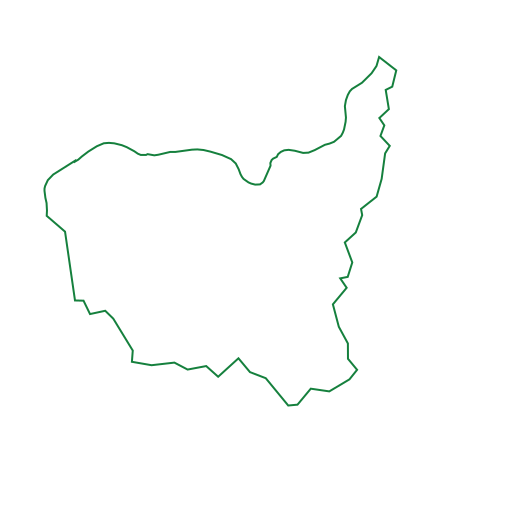 Lewis, Kentucky, United States of America, rotated 343°
{"feature_id": "52423323B16414182815509", "entity_name": "Lewis", "entity_type": "district", "adm_level": 2, "iso_a3": "USA", "parent_name": "United States of America", "parent_adm1": "Kentucky", "projection": "equal_earth", "projection_center": [-83.329, 38.513], "detail": "fine", "context": "isolated", "style": "outline", "palette": "green", "viewbox_px": 512, "rotation_deg": 343, "n_neighbors": 0, "source": "geoboundaries", "source_scale": "gbopen_adm2", "svg_char_len": 1616}
<svg xmlns="http://www.w3.org/2000/svg" viewBox="0 0 512 512"><g transform="rotate(343 256 256)"><path d="M184.5,360.4L209.3,348.7L216.3,365.3L229.6,375.7L243.1,408.4L252.2,410.3L269.6,398.9L286.5,406.9L309.3,401.3L319.4,394.4L313.9,381.2L318.3,366.5L314.5,347.9L315.4,324.7L333.4,312.9L330.0,302.0L337.6,302.8L346.2,290.3L344.9,269.0L358.3,262.7L369.5,248.0L370.2,241.7L388.7,234.5L398.7,219.0L409.5,195.6L416.1,189.8L410.1,177.6L416.9,168.6L414.3,160.1L426.0,154.4L428.6,135.1L435.8,133.9L444.4,119.5L431.9,101.7L426.8,109.5L420.0,115.0L408.0,121.3L396.7,124.3L393.9,125.9L390.9,128.8L387.6,133.2L384.8,138.7L382.5,149.9L380.9,153.9L377.2,160.7L375.1,163.4L372.5,166.0L364.0,169.6L359.2,170.0L354.4,169.8L343.1,171.9L336.4,172.5L331.2,171.2L323.9,166.7L318.2,164.0L313.9,163.2L310.2,163.7L306.9,165.1L304.8,167.3L300.8,167.9L299.0,168.8L296.9,171.3L296.3,173.9L285.4,186.6L284.0,187.6L280.8,188.7L276.1,187.5L272.5,185.3L270.3,183.4L266.6,178.6L265.7,176.2L265.1,173.2L264.8,167.9L263.7,161.6L260.5,156.1L253.0,149.5L243.0,142.9L236.8,139.3L231.0,136.9L225.9,135.6L209.3,132.9L204.4,131.4L192.2,130.6L188.2,130.0L182.1,126.9L180.4,127.2L175.4,125.7L172.9,123.6L170.3,120.3L164.2,114.1L160.1,110.8L153.4,106.8L148.4,104.8L143.4,103.7L135.9,104.5L126.2,107.1L118.6,109.9L114.2,111.9L110.5,112.8L110.8,112.0L85.9,118.8L79.1,122.6L74.8,127.4L73.5,129.6L72.8,131.8L71.6,138.8L71.2,144.1L69.4,151.4L67.6,156.4L80.5,176.9L69.9,245.6L78.0,248.3L80.3,263.0L95.8,264.3L101.2,274.2L110.5,310.4L106.4,320.9L124.2,329.9L146.8,334.1L157.4,344.6L176.2,346.7L184.5,360.4Z" fill="none" stroke="#15803d" stroke-width="2"/></g></svg>